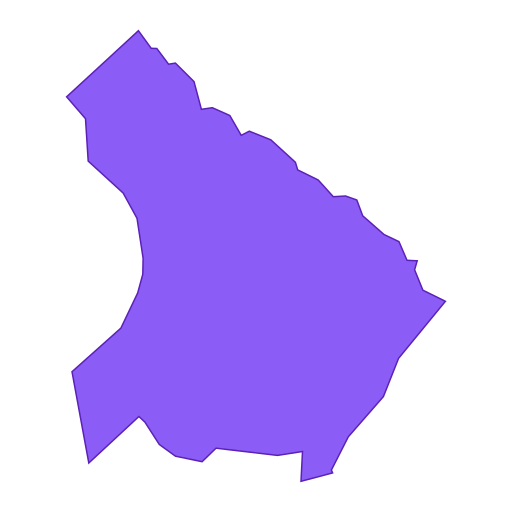 outline of Greenwood, South Carolina, United States of America
{"feature_id": "52423323B39271330460485", "entity_name": "Greenwood", "entity_type": "district", "adm_level": 2, "iso_a3": "USA", "parent_name": "United States of America", "parent_adm1": "South Carolina", "projection": "orthographic", "projection_center": [-82.114, 34.181], "detail": "fine", "context": "isolated", "style": "filled", "palette": "violet", "viewbox_px": 512, "rotation_deg": 0, "n_neighbors": 0, "source": "geoboundaries", "source_scale": "gbopen_adm2", "svg_char_len": 755}
<svg xmlns="http://www.w3.org/2000/svg" viewBox="0 0 512 512"><path d="M445.4,301.3L422.9,290.2L414.6,269.8L417.2,260.8L407.0,260.3L399.0,241.7L384.0,234.5L362.7,215.8L356.8,200.0L345.6,196.0L333.3,196.7L318.2,180.0L297.7,169.9L295.4,162.3L270.8,139.8L249.3,131.2L241.2,135.3L229.8,115.5L212.3,107.7L201.4,109.3L194.0,81.6L175.4,63.1L168.6,64.2L156.8,48.5L151.2,48.3L138.4,30.7L103.8,62.6L66.6,96.8L85.5,118.7L88.2,161.1L123.2,193.1L137.0,218.3L143.1,258.2L142.8,274.2L137.7,292.9L120.9,328.1L72.0,371.7L88.8,463.0L138.9,416.5L144.9,422.1L159.3,444.5L175.5,456.2L202.1,461.7L216.0,448.2L277.5,455.4L302.5,451.5L301.0,481.3L332.6,472.9L331.4,470.0L348.3,436.8L383.4,396.6L398.6,358.3L445.4,301.3Z" fill="#8b5cf6" stroke="#5b21b6" stroke-width="1.5"/></svg>